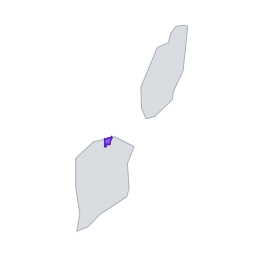 location of Faasaleleaga III, Fa'asaleleaga, Samoa, rotated 276°
{"feature_id": "51752279B1430525557017", "entity_name": "Faasaleleaga III", "entity_type": "district", "adm_level": 2, "iso_a3": "WSM", "parent_name": "Samoa", "parent_adm1": "Fa'asaleleaga", "projection": "albers", "projection_center": [-172.2, -13.646], "detail": "fine", "context": "in_parent", "style": "filled", "palette": "violet", "viewbox_px": 256, "rotation_deg": 276, "n_neighbors": 0, "source": "geoboundaries", "source_scale": "gbopen_adm2", "svg_char_len": 1417}
<svg xmlns="http://www.w3.org/2000/svg" viewBox="0 0 256 256"><g transform="rotate(276 128 128)"><path d="M92.4,79.2L110.6,95.0L117.9,116.0L110.1,136.0L92.8,131.1L67.8,135.4L59.5,133.9L39.4,109.4L25.5,98.3L19.9,87.9L37.6,89.1L63.5,82.2L92.4,79.2ZM235.4,176.8L190.8,176.8L168.8,169.2L161.0,169.1L142.1,153.2L139.2,144.9L149.1,139.4L169.8,136.5L211.1,148.7L217.3,159.4L226.8,160.6L234.2,165.2L236.1,172.8L235.4,176.8Z" fill="#d9dde1" stroke="#a8b0b8" stroke-width="1"/><path d="M117.7,112.8L117.5,112.7L117.4,112.5L117.2,112.3L117.2,112.2L117.0,111.9L116.9,111.7L116.7,111.5L116.6,111.3L116.5,111.1L116.4,111.0L116.3,110.9L116.2,110.6L116.1,110.3L116.0,110.1L116.0,109.8L116.0,109.6L115.9,109.3L116.0,109.2L115.9,109.1L115.7,109.0L115.6,108.9L115.4,108.7L115.3,108.4L115.4,108.2L115.2,107.9L114.9,107.8L114.8,107.7L114.7,107.5L114.6,107.2L114.5,106.9L114.5,106.7L114.7,106.3L114.7,106.2L114.8,106.2L114.9,105.9L112.7,106.2L111.9,106.4L111.7,106.4L107.0,106.7L107.0,107.5L107.0,108.1L109.7,108.2L109.4,109.3L109.5,109.6L109.6,109.9L109.9,110.1L109.7,110.3L109.4,110.4L109.4,110.5L109.5,111.0L109.7,111.5L109.8,111.8L110.1,111.8L110.3,111.8L110.5,111.8L110.9,111.7L111.0,111.7L111.1,111.8L111.5,111.8L112.5,111.8L113.3,111.9L113.8,112.1L114.0,112.2L114.6,112.4L114.9,112.5L115.3,112.7L116.3,113.0L116.6,113.1L117.1,113.1L117.3,113.0L117.6,112.9L117.7,112.8Z" fill="#8b5cf6" stroke="#5b21b6" stroke-width="1.5"/></g></svg>